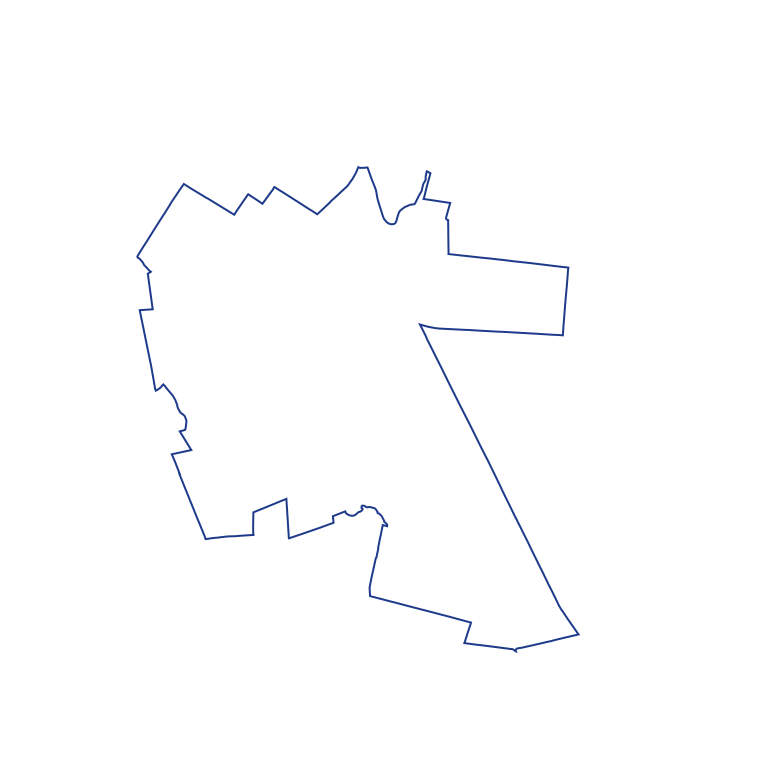 outline of Albesti-Paleologu, Prahova, Romania, rotated 23°
{"feature_id": "2599482B19983322409894", "entity_name": "Albesti-Paleologu", "entity_type": "district", "adm_level": 2, "iso_a3": "ROU", "parent_name": "Romania", "parent_adm1": "Prahova", "projection": "equal_earth", "projection_center": [26.24, 44.93], "detail": "fine", "context": "isolated", "style": "outline", "palette": "blue", "viewbox_px": 768, "rotation_deg": 23, "n_neighbors": 0, "source": "geoboundaries", "source_scale": "gbopen_adm2", "svg_char_len": 6093}
<svg xmlns="http://www.w3.org/2000/svg" viewBox="0 0 768 768"><g transform="rotate(23 384 384)"><path d="M660.9,538.5L659.7,537.8L657.4,536.3L644.9,528.5L638.4,524.2L635.3,522.3L632.9,520.6L632.1,520.0L620.3,509.7L615.9,506.0L612.8,503.4L610.5,501.3L606.4,497.8L604.3,495.9L595.8,488.7L595.2,488.1L590.9,484.4L582.6,477.2L578.2,473.3L570.9,467.1L563.2,460.5L561.6,459.2L559.4,457.2L556.3,454.7L551.2,450.3L545.6,445.4L537.9,438.8L533.9,435.3L531.8,433.3L509.9,414.2L499.8,405.8L478.5,387.5L462.4,374.0L445.5,359.6L435.6,351.1L430.8,346.9L425.4,342.3L421.7,339.2L416.6,334.8L411.3,330.3L406.3,326.1L403.6,323.4L393.9,315.2L401.3,314.2L404.6,313.6L410.1,312.3L413.4,311.3L438.0,302.3L441.0,301.1L446.8,299.1L456.3,295.7L458.2,295.0L467.1,291.8L474.5,289.0L504.6,278.2L512.0,275.6L519.4,273.0L524.7,271.0L529.6,269.3L529.3,268.5L529.2,268.2L527.7,263.7L526.8,261.3L523.9,252.5L519.7,240.1L518.5,236.4L514.0,222.4L511.1,213.7L509.0,207.5L508.2,204.8L498.9,207.6L483.2,212.1L476.7,214.0L471.5,215.5L455.0,220.5L453.3,221.0L445.7,223.1L438.6,225.3L434.4,226.5L431.1,227.5L424.1,229.7L392.6,239.2L392.4,238.6L379.0,208.1L377.7,208.2L376.6,207.6L376.4,207.3L376.1,206.4L374.2,191.5L348.1,198.2L348.0,196.5L347.2,191.4L346.2,185.2L344.4,171.8L340.3,171.5L340.3,172.1L340.4,172.6L340.6,173.2L340.7,173.9L341.0,175.0L341.1,176.1L341.3,176.7L341.5,177.2L341.6,177.6L342.3,179.0L342.4,179.5L342.5,180.1L342.5,180.7L342.4,181.4L342.5,181.9L342.2,182.8L342.0,183.8L342.1,184.6L342.3,186.6L342.9,189.8L343.2,192.0L342.6,196.4L342.1,204.5L342.0,205.8L341.8,206.4L340.8,207.2L339.4,208.0L338.5,208.4L336.4,210.5L335.5,211.5L334.1,212.9L333.6,213.7L332.2,216.1L331.4,217.7L331.0,218.7L330.8,219.5L330.8,221.3L330.9,222.5L331.2,225.4L331.3,226.3L331.7,228.8L331.7,229.5L331.6,230.6L331.6,231.3L331.3,231.9L330.9,232.5L330.5,232.9L329.9,233.3L329.0,233.8L328.1,234.2L326.3,234.4L325.6,234.4L325.1,234.4L324.4,234.2L322.8,233.7L322.1,233.4L321.4,233.0L319.9,232.2L319.2,231.8L317.1,229.6L309.3,220.5L305.7,216.1L303.8,213.2L301.9,210.2L300.5,208.3L299.6,207.4L298.5,206.1L297.4,205.2L295.6,203.2L293.9,201.6L291.8,199.4L284.2,191.1L283.0,191.8L281.4,192.7L277.5,194.4L276.5,194.5L275.6,194.5L275.7,195.5L275.7,196.4L275.6,196.8L275.7,197.9L275.6,200.6L275.5,202.3L274.8,208.0L274.7,208.2L274.5,209.3L274.4,209.3L274.1,210.9L273.2,215.2L273.0,216.0L271.6,219.1L269.5,223.7L268.1,226.9L267.3,228.8L267.2,228.9L266.4,230.7L264.9,234.0L264.6,234.5L263.7,236.5L263.0,238.7L262.2,240.5L261.2,242.8L260.1,245.3L258.1,249.7L256.2,253.9L253.9,253.4L241.4,251.4L238.7,250.9L216.3,247.1L210.9,246.3L207.6,245.7L206.1,245.5L205.9,246.4L205.8,248.3L204.9,252.0L203.4,258.4L201.7,265.6L197.5,264.7L188.0,263.0L184.8,262.4L181.9,276.5L180.6,283.0L180.0,286.7L166.5,284.7L153.2,282.7L149.8,282.2L146.4,281.9L144.7,281.6L128.2,279.2L126.0,278.8L121.6,278.1L120.2,284.7L117.4,299.1L116.9,302.9L115.1,314.0L114.7,316.0L112.2,331.0L110.7,340.6L109.7,346.8L108.7,352.3L108.4,354.4L107.7,358.9L107.1,363.0L108.1,364.0L109.2,364.0L109.8,364.1L110.7,364.5L112.4,365.3L113.7,366.0L114.5,366.4L114.9,366.7L115.4,367.1L116.4,368.0L117.6,368.6L119.1,369.2L123.6,371.3L125.5,371.8L125.4,372.0L123.5,374.8L141.9,405.6L130.3,411.5L156.8,450.0L159.5,453.9L162.8,458.7L170.8,471.0L175.3,478.0L176.6,479.3L177.1,478.6L178.3,476.9L179.3,475.5L180.1,473.4L180.4,472.3L181.0,470.6L183.3,471.6L184.5,472.3L185.3,472.8L192.3,476.3L193.9,477.2L194.9,477.8L198.4,480.5L200.6,482.9L201.0,483.2L201.5,483.6L202.4,485.2L203.8,486.8L205.7,488.3L207.2,489.5L208.2,490.0L209.1,490.2L210.6,490.5L212.2,491.0L213.1,491.4L213.7,492.0L214.4,492.7L216.3,494.7L216.5,495.1L217.3,497.3L217.7,498.7L218.6,502.0L218.9,503.8L217.5,505.1L214.5,507.4L232.4,520.1L216.1,531.6L222.4,537.6L231.0,546.5L230.7,546.6L233.6,549.6L252.7,568.7L264.3,580.3L269.1,585.0L278.1,593.9L280.4,596.5L285.8,593.2L288.4,591.7L289.8,591.0L298.9,585.8L301.1,584.7L303.8,583.5L306.0,582.5L310.0,580.4L314.3,578.2L322.5,574.1L322.8,574.0L322.0,572.5L320.8,569.9L319.7,567.4L318.7,565.0L315.2,556.4L313.9,553.2L330.3,536.7L334.1,532.8L339.0,527.9L340.0,529.9L343.1,536.0L352.7,555.2L356.1,562.0L356.6,563.0L356.8,563.2L367.5,553.7L371.7,549.9L382.0,540.6L391.8,531.4L388.6,525.7L398.1,516.4L398.6,516.8L399.0,517.4L399.3,517.6L399.6,517.8L400.3,518.0L401.0,518.1L401.7,518.2L402.2,518.4L402.8,518.4L404.2,518.3L404.9,518.1L406.1,517.8L406.7,517.5L407.2,517.2L407.6,516.9L408.4,516.1L409.0,515.1L410.3,512.6L410.6,511.9L410.9,511.6L411.5,511.1L411.8,511.0L412.1,510.6L412.6,510.0L413.0,509.1L413.2,507.9L413.2,507.4L412.9,507.1L411.8,506.9L411.6,506.6L411.3,505.8L411.3,505.5L411.2,505.1L411.3,504.8L411.4,504.6L412.6,504.0L413.5,503.8L414.4,503.9L415.5,504.2L415.9,504.2L416.4,504.1L416.8,504.0L417.3,503.8L417.8,503.4L418.9,502.8L419.3,502.7L420.1,502.5L421.1,502.5L422.4,502.2L423.8,502.1L424.5,502.2L424.9,502.3L425.4,502.5L426.4,503.2L427.2,503.7L428.0,504.3L428.2,504.9L428.3,505.1L428.5,505.2L428.8,505.3L429.6,505.2L429.9,505.2L430.2,505.3L431.3,505.6L432.1,505.9L433.0,506.3L433.5,506.6L434.6,507.4L437.4,509.7L437.8,510.3L437.9,510.6L438.1,510.8L438.4,510.9L439.6,511.2L440.2,511.4L440.8,511.6L441.3,511.9L441.8,512.2L442.0,512.5L442.2,512.9L442.4,513.7L438.0,514.3L439.1,519.9L440.0,524.2L441.0,529.5L441.7,532.7L442.6,537.1L442.8,537.6L443.1,537.8L443.2,538.1L443.3,538.6L443.4,539.7L443.7,541.0L444.2,543.8L444.5,545.2L444.8,546.5L444.8,547.0L444.7,547.1L444.5,547.4L447.2,561.9L448.7,569.7L449.6,573.9L450.0,575.5L450.2,576.9L453.2,583.0L454.0,584.7L473.0,581.9L479.4,580.9L485.6,580.0L489.2,579.5L502.0,577.6L518.6,575.1L523.6,574.4L527.7,573.8L535.0,572.7L551.7,570.4L557.3,569.6L557.4,570.4L557.7,573.1L557.8,574.9L558.3,580.9L558.8,586.3L559.0,587.7L559.2,591.1L571.5,587.7L576.8,586.1L581.4,584.8L604.2,578.4L605.3,578.0L605.8,577.9L606.4,577.9L607.1,577.9L609.3,578.6L609.9,578.6L609.5,578.2L609.3,577.8L609.2,577.2L609.3,576.5L609.7,575.7L610.2,575.2L611.2,574.6L612.7,573.6L613.2,573.4L620.7,568.0L622.9,566.5L625.0,564.9L628.8,562.2L634.9,557.7L638.2,555.4L640.7,553.4L645.4,549.9L656.8,541.5L658.3,540.5L660.9,538.5Z" fill="none" stroke="#1e3a8a" stroke-width="2"/></g></svg>